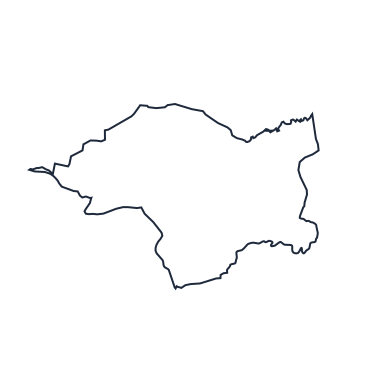 map outline of HaZafon (Albers equal-area conic projection), rotated 247°
{"feature_id": "ISR-3056", "entity_name": "HaZafon", "entity_type": "District", "adm_level": 1, "iso_a3": "ISR", "parent_name": "Israel", "parent_adm1": "", "projection": "albers", "projection_center": [35.33, 32.896], "detail": "fine", "context": "isolated", "style": "outline", "palette": "slate", "viewbox_px": 384, "rotation_deg": 247, "n_neighbors": 0, "source": "natural_earth", "source_scale": "10m", "svg_char_len": 4069}
<svg xmlns="http://www.w3.org/2000/svg" viewBox="0 0 384 384"><g transform="rotate(247 192 192)"><path d="M216.7,333.1L197.8,328.2L192.4,326.8L186.8,326.6L180.8,324.8L179.5,317.9L179.6,309.3L177.5,302.9L170.6,298.5L163.6,297.7L149.0,298.4L144.8,296.9L138.1,291.4L135.0,289.8L134.5,288.5L127.9,282.2L127.2,281.7L126.1,281.1L125.7,281.3L125.4,281.5L124.8,282.2L124.1,283.4L123.9,283.8L123.6,284.2L123.2,284.4L121.1,285.5L120.8,285.8L120.4,286.1L120.3,286.5L120.2,287.0L120.1,287.5L119.8,288.1L119.4,288.5L118.2,289.3L117.8,289.7L117.5,290.1L117.3,290.5L116.9,291.1L116.2,291.8L114.6,292.9L113.7,293.3L113.0,293.4L112.5,293.3L112.0,293.1L105.2,291.8L104.2,291.3L103.4,290.7L102.0,289.9L101.3,289.3L100.8,288.8L100.6,288.2L100.1,287.7L98.6,286.7L98.2,286.3L98.1,285.9L98.0,285.3L98.1,284.8L98.7,282.9L98.8,281.8L98.7,281.2L98.3,280.7L95.2,278.6L94.2,277.7L94.1,277.4L93.9,276.9L93.8,276.3L93.8,275.8L93.6,275.0L93.3,274.0L92.3,272.4L91.9,271.5L91.9,270.8L92.2,270.5L92.6,270.3L93.1,270.1L94.2,270.1L94.7,270.1L95.3,270.3L96.6,270.9L97.7,271.0L97.8,270.6L97.4,269.9L95.6,267.8L94.9,266.7L94.5,265.8L94.5,265.3L94.7,264.2L94.9,263.8L95.4,263.0L95.6,262.6L96.3,262.0L96.6,261.7L97.1,261.6L97.6,261.4L98.1,261.4L98.7,261.4L99.7,261.7L102.7,263.0L103.2,263.1L103.6,263.0L104.0,262.8L104.4,262.5L105.1,261.3L106.9,257.4L107.4,256.6L107.7,256.3L108.0,256.0L111.3,254.2L111.5,253.5L111.5,252.4L110.3,247.5L110.3,247.0L110.6,245.3L110.9,244.4L111.1,244.0L111.5,243.8L111.9,243.8L112.3,244.0L112.6,244.3L113.3,245.5L113.6,245.9L113.9,246.2L114.3,246.4L114.7,246.3L115.1,246.1L115.4,245.9L116.0,245.2L116.6,244.5L117.0,243.7L117.0,243.2L117.0,242.5L116.8,241.1L117.0,240.4L117.2,239.9L118.4,239.2L118.7,238.6L118.8,237.8L118.4,233.9L118.5,233.4L118.8,232.6L119.1,232.3L121.4,228.6L121.7,227.9L121.9,226.9L122.2,224.6L122.2,223.5L122.1,222.7L119.7,217.5L119.3,216.1L119.0,215.1L119.1,214.6L119.7,211.1L119.6,210.3L119.4,209.7L119.1,209.4L118.2,208.9L114.8,207.9L114.0,207.5L113.6,207.3L112.9,206.7L112.6,206.4L111.9,205.8L110.0,204.5L109.6,203.9L109.5,203.4L110.1,200.0L110.1,199.1L109.8,198.6L108.9,198.0L108.5,197.4L108.0,196.6L107.2,194.7L106.7,194.0L106.0,193.5L104.4,193.0L103.9,192.8L104.9,189.3L104.5,186.0L101.6,184.5L103.0,180.4L104.7,163.6L107.8,154.7L108.8,149.4L107.9,144.7L108.9,143.6L110.1,141.9L111.2,141.1L109.6,139.2L110.7,138.9L110.9,138.8L129.4,140.2L130.4,139.8L133.0,137.8L134.5,137.2L135.9,137.3L139.1,138.2L140.8,138.3L149.3,135.5L152.1,135.5L153.3,136.0L154.7,136.6L157.3,138.7L159.5,141.5L161.2,144.8L163.3,147.6L166.4,148.1L179.4,144.6L190.5,139.9L197.6,139.3L198.7,135.1L203.0,127.3L205.0,122.7L206.2,115.7L206.7,102.1L208.5,96.0L210.6,92.2L211.9,88.4L213.5,85.8L216.2,85.5L217.5,87.1L221.7,93.7L224.6,95.9L226.0,97.1L226.2,95.9L229.3,92.6L229.8,88.9L232.3,87.5L237.2,87.0L239.1,83.5L247.8,74.2L251.9,73.1L254.9,72.8L258.2,71.8L261.4,70.4L264.1,68.7L267.9,64.4L272.4,55.2L276.0,50.9L276.3,52.4L275.0,54.1L274.7,58.6L274.0,60.1L273.4,63.8L269.7,66.6L267.9,68.6L262.9,70.9L271.7,76.9L264.0,87.9L265.6,90.1L272.1,94.6L273.1,107.5L278.3,110.7L279.1,118.7L276.6,124.1L274.1,128.2L274.1,132.3L282.8,135.9L282.1,139.5L285.3,165.8L286.6,169.2L292.1,178.2L288.8,184.5L287.2,184.9L283.2,191.8L280.6,200.1L281.5,203.5L279.7,210.6L268.2,224.4L262.1,233.7L258.0,234.8L245.3,242.9L237.6,249.9L233.9,251.8L228.4,251.2L224.1,254.3L220.6,258.9L218.6,260.8L216.9,261.5L216.4,262.4L216.3,264.7L217.2,266.7L219.2,267.8L219.2,269.5L217.6,269.5L217.6,271.6L218.9,274.1L219.7,281.2L221.0,284.6L220.0,286.1L219.7,286.3L219.6,285.6L219.2,284.6L218.7,285.6L217.6,288.6L216.2,286.7L217.0,292.4L217.7,294.2L214.5,294.2L214.5,296.1L215.7,295.9L216.7,296.0L218.3,298.4L218.8,299.6L221.0,301.9L221.0,303.6L218.9,304.2L217.5,305.7L216.7,307.6L216.3,309.4L217.1,310.1L217.6,310.6L218.3,310.9L219.3,311.1L219.3,313.2L217.9,314.2L216.3,314.9L217.7,316.8L214.5,318.9L215.0,319.4L215.5,319.3L215.9,319.5L216.3,320.7L214.5,320.7L214.5,322.5L216.0,323.9L216.2,325.0L215.2,325.8L213.0,326.2L214.0,329.3L214.6,330.2L215.7,331.4L216.7,333.1Z" fill="none" stroke="#1e293b" stroke-width="2"/></g></svg>